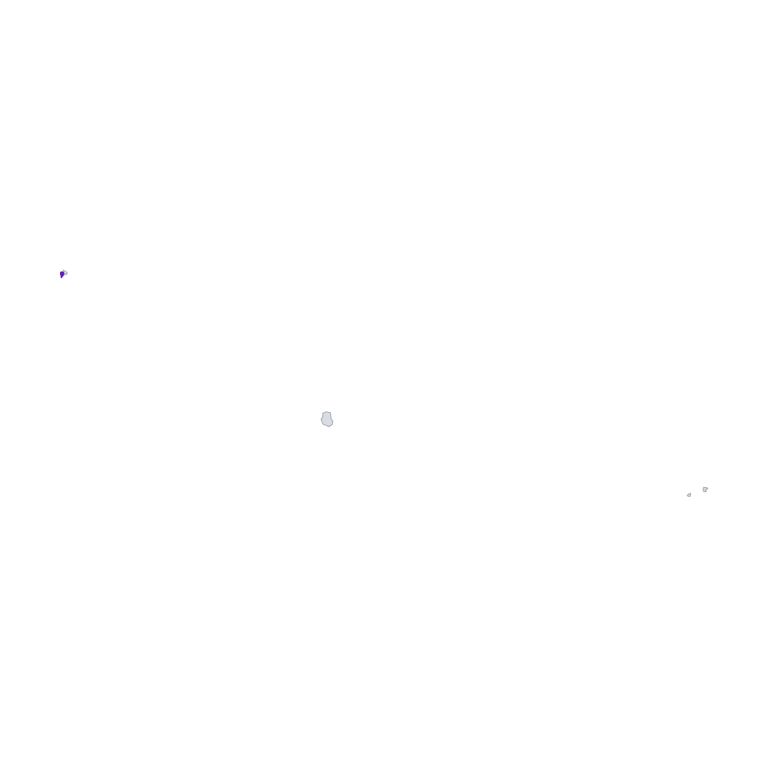 Lelu, Kosrae, Federated States of Micronesia (highlighted), rotated 185°
{"feature_id": "79324940B37039931365827", "entity_name": "Lelu", "entity_type": "district", "adm_level": 2, "iso_a3": "FSM", "parent_name": "Federated States of Micronesia", "parent_adm1": "Kosrae", "projection": "equal_earth", "projection_center": [163.023, 5.336], "detail": "fine", "context": "in_parent", "style": "filled", "palette": "violet", "viewbox_px": 768, "rotation_deg": 185, "n_neighbors": 0, "source": "geoboundaries", "source_scale": "gbopen_adm2", "svg_char_len": 1703}
<svg xmlns="http://www.w3.org/2000/svg" viewBox="0 0 768 768"><g transform="rotate(185 384 384)"><path d="M442.4,349.5L439.0,351.3L434.8,350.5L433.5,344.1L431.6,342.4L432.0,339.3L435.0,336.7L441.3,338.8L443.6,343.3L442.1,346.3L442.4,349.5ZM56.8,308.0L56.3,309.0L52.8,308.6L52.3,308.1L52.6,307.6L54.3,307.1L54.5,305.7L53.6,305.4L54.4,304.7L55.8,304.6L56.5,305.4L56.9,306.7L56.8,308.0ZM712.7,465.6L713.3,469.4L709.6,467.6L709.1,466.2L711.3,464.9L712.7,465.6ZM70.4,301.3L69.4,301.7L68.9,301.3L69.1,299.3L69.5,298.7L70.4,298.6L72.1,299.1L72.2,299.6L70.4,301.3Z" fill="#d9dde1" stroke="#a8b0b8" stroke-width="1"/><path d="M715.6,467.1L715.7,466.9L715.7,466.6L715.7,466.4L715.6,466.2L715.4,466.0L715.4,465.9L715.3,466.0L715.2,466.0L714.9,466.2L715.0,466.2L714.9,466.2L715.0,466.2L714.9,466.2L714.8,465.9L714.7,465.9L714.6,465.7L714.6,465.4L714.4,465.3L714.4,465.2L714.5,465.2L714.6,464.9L714.5,464.7L714.8,464.6L714.8,464.4L714.8,464.2L715.0,463.9L715.0,463.7L714.9,463.5L714.9,463.4L714.9,463.2L714.9,462.9L714.9,462.7L715.0,462.7L714.9,462.7L714.8,462.4L714.7,462.3L714.4,462.8L714.2,462.9L714.2,463.0L714.0,463.4L714.0,463.5L713.6,463.7L713.5,463.8L713.4,464.0L713.3,464.3L713.3,464.6L713.2,464.7L713.2,464.8L713.3,464.8L713.2,464.9L713.2,465.0L713.1,465.3L712.9,465.5L712.8,465.8L712.8,466.1L712.9,466.3L712.8,466.5L713.0,466.8L713.4,466.8L713.8,467.3L714.4,467.5L714.5,467.4L714.5,467.2L714.8,466.9L715.0,466.7L715.1,466.8L715.2,466.7L715.3,467.0L715.5,467.1L715.6,467.1ZM715.6,465.4L715.6,465.2L715.4,465.0L715.1,465.0L715.1,464.9L714.9,464.9L714.9,465.0L715.0,465.2L715.1,465.3L715.3,465.4L715.3,465.5L715.5,465.5L715.6,465.4L715.6,465.4Z" fill="#8b5cf6" stroke="#5b21b6" stroke-width="1.5"/></g></svg>